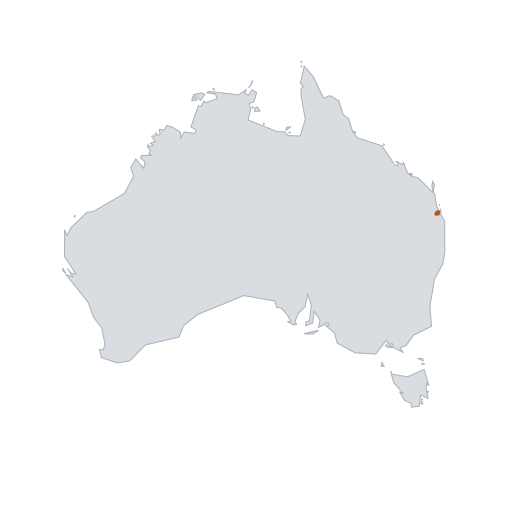 location of Logan, Queensland, Australia, rotated 348°
{"feature_id": "25037944B44262560811074", "entity_name": "Logan", "entity_type": "district", "adm_level": 2, "iso_a3": "AUS", "parent_name": "Australia", "parent_adm1": "Queensland", "projection": "mercator", "projection_center": [153.051, -27.763], "detail": "fine", "context": "in_parent", "style": "filled", "palette": "amber", "viewbox_px": 512, "rotation_deg": 348, "n_neighbors": 0, "source": "geoboundaries", "source_scale": "gbopen_adm2", "svg_char_len": 4981}
<svg xmlns="http://www.w3.org/2000/svg" viewBox="0 0 512 512"><g transform="rotate(348 256 256)"><path d="M349.4,92.5L354.8,115.7L361.6,114.5L369.3,121.5L370.6,135.8L375.2,140.8L376.3,154.2L379.6,161.3L402.0,174.4L410.9,196.2L413.5,197.3L413.9,193.4L418.8,197.4L419.6,195.4L421.7,206.6L424.6,210.0L431.0,213.5L443.6,232.6L443.1,245.6L447.8,261.4L441.5,291.5L437.0,302.7L425.9,315.5L415.6,341.4L413.1,361.3L393.7,366.2L384.1,374.9L378.0,375.7L379.8,380.8L370.3,373.4L371.7,371.7L371.0,369.9L369.3,369.8L366.2,373.0L363.9,371.0L367.7,368.0L365.5,365.8L352.8,376.8L332.8,371.3L317.3,358.0L316.8,347.7L309.7,338.4L312.7,338.8L312.6,336.1L302.3,338.8L305.3,332.0L301.4,322.2L297.6,333.4L290.0,334.5L291.2,330.8L294.8,330.7L299.9,315.5L298.5,304.2L293.3,316.1L285.7,320.6L280.6,327.8L281.4,331.5L278.3,331.0L273.4,327.0L276.5,326.9L274.3,319.8L269.6,311.9L265.6,310.8L265.0,303.9L235.8,292.2L186.5,301.1L170.7,309.1L163.8,319.3L129.3,320.0L110.5,332.4L97.8,331.6L83.6,323.2L83.5,314.8L86.9,316.2L90.0,311.1L90.1,294.4L84.3,281.9L82.2,266.5L66.4,234.9L72.5,238.3L68.9,228.8L71.5,234.4L76.1,236.1L68.6,216.7L74.3,190.5L75.4,196.6L80.8,189.9L99.6,178.1L106.2,178.7L140.1,167.5L152.8,152.6L152.0,143.0L158.7,136.1L164.3,146.8L167.2,140.8L163.6,136.6L164.7,134.0L175.7,135.8L172.3,134.7L174.5,130.5L172.6,126.8L178.5,126.3L176.3,123.6L181.2,123.2L179.6,119.2L183.8,114.8L184.1,117.4L187.5,117.1L187.8,112.0L192.7,113.8L195.8,109.8L201.1,112.6L208.0,119.6L206.8,125.2L211.6,119.8L221.6,123.4L223.6,120.3L219.2,116.1L230.9,97.1L233.2,98.3L237.2,93.6L238.6,95.6L250.6,94.1L250.3,89.5L242.2,86.2L243.5,85.0L272.5,94.8L280.9,91.2L278.9,94.9L282.4,97.0L286.7,92.5L290.6,96.3L286.0,104.7L281.0,105.5L281.2,111.6L276.5,121.3L302.8,138.9L310.0,140.6L312.3,144.9L324.2,147.8L332.7,132.5L333.3,110.3L334.6,102.0L337.6,100.0L335.3,96.3L342.6,80.5L349.4,92.5ZM363.9,399.6L379.0,405.7L396.9,401.8L398.1,419.0L396.9,415.9L395.1,419.5L394.7,431.1L388.2,426.3L384.2,437.0L376.4,436.1L377.9,433.1L371.2,428.1L368.4,419.2L371.4,420.8L364.3,408.5L363.9,399.6ZM228.7,85.1L237.0,85.1L239.6,87.5L234.0,92.2L228.7,85.1ZM286.7,342.0L301.7,341.6L295.3,344.2L286.7,342.0ZM288.4,110.4L290.1,115.1L284.8,114.3L285.6,111.0L288.4,110.4ZM442.8,230.4L442.4,224.6L444.4,219.7L445.3,223.2L442.8,230.4ZM392.7,389.6L397.7,391.1L397.8,393.4L392.7,389.6ZM227.8,86.5L230.8,91.1L225.4,90.8L227.8,86.5ZM358.4,390.7L355.6,390.1L357.1,386.1L358.4,390.7ZM316.5,136.9L314.0,138.3L311.5,139.1L312.7,136.4L316.5,136.9ZM66.4,233.6L64.3,230.7L64.2,228.1L64.5,228.0L66.4,233.6ZM396.7,395.7L398.7,397.2L395.0,395.9L396.7,395.7ZM423.5,207.4L425.4,207.4L425.4,209.9L423.5,207.4ZM376.9,154.0L379.2,155.5L378.8,156.3L376.9,154.0ZM388.1,432.6L388.3,435.5L386.4,434.6L388.1,432.6ZM446.1,247.9L446.3,251.1L446.0,251.1L446.1,247.9ZM249.8,84.9L248.5,83.6L249.4,83.0L249.8,84.9ZM288.6,85.1L286.6,87.5L289.0,83.4L288.6,85.1ZM446.4,244.0L445.5,245.0L446.1,243.9L446.4,244.0ZM291.7,128.5L290.5,129.0L291.2,127.8L291.7,128.5ZM284.2,110.2L282.8,110.5L283.7,109.0L284.2,110.2ZM87.6,178.2L87.2,180.2L86.5,180.1L87.6,178.2ZM340.1,79.4L340.1,81.0L339.5,79.8L340.1,79.4ZM369.3,370.8L369.7,372.0L369.2,371.6L369.3,370.8ZM286.1,88.2L283.3,89.8L286.2,87.8L286.1,88.2ZM179.7,116.9L178.7,118.0L179.4,116.7L179.7,116.9ZM389.2,430.6L388.2,431.1L388.7,430.1L389.2,430.6ZM315.3,142.6L313.8,142.5L314.6,141.5L315.3,142.6ZM174.1,125.5L173.4,126.1L173.3,124.6L174.1,125.5ZM396.5,424.6L395.1,425.4L395.5,423.8L396.5,424.6ZM341.1,75.0L340.9,76.1L340.1,75.6L341.1,75.0ZM368.6,372.5L369.9,373.6L367.8,373.3L368.6,372.5ZM404.7,174.3L403.7,174.3L404.1,173.0L404.7,174.3ZM413.0,193.2L412.5,193.2L412.9,192.2L413.0,193.2ZM364.5,397.5L364.2,398.5L363.8,397.2L364.5,397.5Z" fill="#d9dde1" stroke="#a8b0b8" stroke-width="1"/><path d="M441.5,250.2L441.4,250.4L441.3,250.5L441.3,251.1L441.2,251.1L440.9,251.5L440.7,251.5L440.4,251.5L440.2,251.6L440.2,251.8L440.3,251.9L440.4,252.0L440.3,252.3L440.2,252.3L440.1,252.5L440.3,252.6L440.2,252.6L440.3,252.6L440.3,252.8L440.4,252.7L440.4,252.8L440.4,252.7L440.4,252.8L440.5,252.8L440.7,252.7L440.8,252.7L441.0,252.6L441.3,252.6L441.5,252.5L441.5,252.8L441.6,253.0L441.6,253.3L441.9,253.4L442.0,253.3L442.1,253.2L442.3,253.2L442.3,253.3L442.5,253.4L442.5,253.5L442.8,253.5L442.9,253.4L443.0,253.3L443.0,253.2L442.9,253.1L443.0,253.0L443.1,252.9L443.1,252.7L443.2,252.8L443.2,252.7L443.3,252.7L443.5,252.7L443.4,252.6L443.5,252.6L443.7,252.4L443.8,252.3L443.7,252.3L443.7,252.2L443.8,251.9L443.8,251.7L443.9,251.4L444.0,251.4L444.2,251.2L444.2,251.3L444.2,251.2L444.3,251.0L444.2,251.0L444.2,250.9L444.3,250.9L444.3,251.0L444.4,250.9L444.5,250.9L444.6,251.0L444.7,250.9L444.8,250.9L444.7,250.9L444.7,250.7L444.4,250.5L444.3,250.4L444.3,250.5L444.0,250.4L443.9,250.4L443.7,250.3L443.7,250.2L443.8,250.1L443.7,250.0L443.6,249.9L443.4,249.8L443.2,249.8L443.0,250.1L442.9,250.1L442.9,250.3L442.8,250.5L442.7,250.5L442.4,250.5L442.2,250.5L441.9,250.5L441.8,250.4L441.7,250.3L441.5,250.2Z" fill="#f59e0b" stroke="#b45309" stroke-width="1.5"/></g></svg>